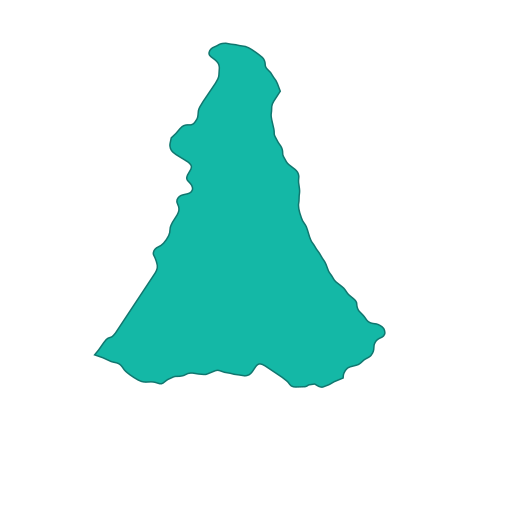 the district of Guaymate, La Romana, Dominican Republic, rotated 123°
{"feature_id": "3306468B11940370524112", "entity_name": "Guaymate", "entity_type": "district", "adm_level": 2, "iso_a3": "DOM", "parent_name": "Dominican Republic", "parent_adm1": "La Romana", "projection": "natural_earth1", "projection_center": [-68.971, 18.577], "detail": "fine", "context": "isolated", "style": "filled", "palette": "teal", "viewbox_px": 512, "rotation_deg": 123, "n_neighbors": 0, "source": "geoboundaries", "source_scale": "gbopen_adm2", "svg_char_len": 4238}
<svg xmlns="http://www.w3.org/2000/svg" viewBox="0 0 512 512"><g transform="rotate(123 256 256)"><path d="M104.6,325.4L99.8,331.9L98.1,334.7L96.6,338.5L94.2,343.7L93.1,348.6L92.5,350.3L92.0,351.0L91.5,351.7L89.0,353.7L87.8,355.0L86.9,356.4L86.5,357.2L86.0,358.9L85.5,363.6L85.3,367.2L85.2,372.0L85.4,375.6L86.1,379.1L88.5,384.4L89.9,388.2L92.1,392.6L94.0,397.2L95.7,399.5L97.0,400.9L98.5,402.0L101.0,403.3L104.8,405.7L106.5,406.4L108.3,406.6L109.1,406.6L110.8,406.2L111.6,405.8L112.3,405.2L112.9,404.3L113.4,402.4L113.8,397.1L114.2,394.9L114.9,392.9L115.3,392.1L116.5,390.6L117.9,389.4L118.7,388.9L124.2,385.8L125.9,385.0L127.9,384.5L130.0,384.3L133.3,384.1L155.1,384.5L161.5,384.3L163.6,384.0L165.6,383.4L169.6,381.3L171.4,380.5L173.4,380.1L176.5,380.1L178.4,380.3L179.4,380.6L181.0,381.6L181.6,382.2L183.4,385.0L184.5,386.3L185.9,387.5L187.6,388.4L190.6,389.1L196.9,389.9L203.1,391.4L208.3,389.4L209.9,388.6L210.8,387.9L212.4,386.3L213.6,384.3L214.2,382.0L214.5,378.3L214.2,364.4L214.5,362.1L215.2,360.1L215.8,359.2L216.6,358.6L218.5,357.9L225.5,357.5L227.4,357.0L228.3,356.6L229.0,356.0L229.6,355.2L230.0,354.3L231.0,350.4L231.8,348.4L233.1,346.7L233.9,346.0L234.9,345.5L235.8,345.3L237.6,345.3L239.4,346.0L241.1,347.3L244.3,350.4L246.0,351.8L247.9,352.7L250.0,353.0L251.9,352.8L253.6,351.9L254.2,351.3L256.8,347.7L258.4,346.3L260.2,345.3L262.3,344.8L264.4,344.5L273.3,344.4L276.5,344.0L278.6,343.5L283.4,341.1L286.6,340.3L291.1,340.1L295.6,340.5L298.8,341.4L303.4,343.9L305.4,344.4L307.4,344.4L309.3,343.8L310.1,343.3L310.7,342.7L312.6,339.6L314.6,336.9L316.1,335.2L317.7,333.6L319.6,332.4L320.7,332.0L322.8,331.5L325.1,331.3L397.1,331.9L400.2,332.3L402.1,332.8L402.9,333.3L405.2,335.1L405.9,335.5L407.7,336.1L411.7,336.5L420.4,336.8L426.8,337.5L424.7,328.9L423.4,320.0L422.8,318.1L421.5,314.6L421.1,312.7L421.1,310.7L421.3,309.7L421.8,308.0L423.2,304.5L423.7,302.5L424.0,300.4L424.3,297.0L424.4,292.1L424.2,287.3L423.6,283.8L422.8,281.7L421.8,279.8L418.7,275.5L417.7,273.7L416.9,271.8L415.6,267.3L414.7,265.8L413.3,264.8L409.3,263.4L407.6,262.7L402.4,259.4L401.1,258.3L398.6,254.7L396.8,252.7L395.5,251.5L391.6,249.1L389.7,247.0L388.7,245.4L386.3,240.0L383.7,235.1L382.7,233.6L381.3,232.5L374.3,227.6L373.1,226.4L372.6,225.7L371.9,223.9L370.7,219.1L368.4,213.8L367.1,209.9L365.0,205.5L363.0,201.0L362.6,200.1L361.4,198.7L359.9,197.5L359.1,197.0L357.2,196.4L355.1,196.1L349.1,196.0L347.3,195.8L345.5,195.1L344.8,194.5L344.2,193.7L343.5,191.7L343.2,188.5L343.5,168.1L344.0,162.4L344.4,160.3L345.3,157.8L345.7,156.1L345.7,155.3L345.5,154.3L345.3,153.4L344.4,151.6L338.9,143.7L337.6,142.6L335.4,141.6L331.4,137.1L331.3,134.0L331.1,132.0L330.5,130.1L330.1,129.3L329.5,128.6L324.6,125.0L323.1,124.1L318.9,122.0L310.9,116.5L308.0,118.0L306.1,118.5L303.2,118.7L301.3,118.4L300.3,118.2L299.4,117.8L297.7,116.7L293.1,112.5L291.5,111.2L290.6,110.7L288.8,110.0L284.3,108.8L282.6,108.0L279.5,106.3L277.7,105.6L276.8,105.4L273.9,105.4L272.1,105.7L270.4,106.3L266.5,108.4L265.6,108.7L263.7,109.0L261.8,109.0L260.0,108.6L258.3,107.9L255.4,106.1L253.7,105.5L251.9,105.5L251.0,105.7L250.2,106.1L248.8,107.3L247.6,108.8L247.2,109.7L246.7,111.8L246.7,113.9L246.9,116.0L247.4,118.0L249.0,121.4L249.6,123.2L249.8,124.2L249.9,126.2L249.5,128.1L248.1,131.6L247.5,133.4L246.1,139.5L245.3,141.3L244.2,142.8L243.0,144.1L240.5,146.1L240.0,146.8L239.2,148.4L238.8,150.3L238.2,155.4L237.9,157.5L237.3,159.4L235.8,163.0L235.2,164.9L234.9,167.0L234.2,174.6L233.7,176.7L233.4,177.6L231.3,181.9L230.2,184.8L229.3,186.7L228.1,188.4L224.9,192.7L223.3,195.4L221.7,199.2L219.1,204.4L217.3,209.1L215.2,213.4L213.7,217.2L212.6,219.0L210.8,221.5L206.0,227.2L204.1,229.7L203.1,231.5L201.1,236.1L199.3,238.7L196.0,242.8L193.1,245.8L191.5,247.1L189.9,248.3L186.5,249.9L181.8,252.7L179.3,253.9L177.6,254.9L175.9,256.2L171.2,260.3L169.6,261.4L166.3,263.2L165.6,263.7L164.3,265.0L163.2,266.6L162.5,268.5L162.1,270.5L161.5,278.0L161.1,280.1L160.4,281.9L157.8,286.8L156.8,288.3L156.2,288.9L153.5,290.9L152.2,292.2L151.1,293.7L150.2,295.4L149.1,298.2L148.3,299.9L145.2,305.5L144.1,306.9L141.3,308.9L139.8,310.2L133.3,316.9L131.0,319.0L129.4,320.2L126.0,321.9L122.1,324.2L121.3,324.5L119.4,325.1L116.5,325.4L104.6,325.4Z" fill="#14b8a6" stroke="#0f766e" stroke-width="1.5"/></g></svg>